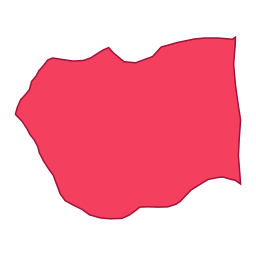 Astara District, Astara, Azerbaijan
{"feature_id": "54616110B5213879595332", "entity_name": "Astara District", "entity_type": "district", "adm_level": 2, "iso_a3": "AZE", "parent_name": "Azerbaijan", "parent_adm1": "Astara", "projection": "robinson", "projection_center": [48.695, 38.514], "detail": "fine", "context": "isolated", "style": "filled", "palette": "rose", "viewbox_px": 256, "rotation_deg": 0, "n_neighbors": 0, "source": "geoboundaries", "source_scale": "gbopen_adm2", "svg_char_len": 969}
<svg xmlns="http://www.w3.org/2000/svg" viewBox="0 0 256 256"><path d="M108.7,47.6L103.1,50.0L96.8,53.9L90.9,57.8L83.6,60.4L73.5,61.1L62.4,59.5L52.6,58.0L47.8,59.9L43.1,66.0L38.8,70.8L36.3,75.8L31.5,81.6L29.5,89.4L25.9,94.0L20.6,99.8L17.3,107.4L16.1,111.6L15.4,114.4L22.0,121.2L26.6,128.1L30.2,134.9L34.3,140.0L37.9,147.0L39.3,152.7L43.4,160.7L48.6,168.8L53.3,175.3L60.2,193.8L65.1,200.6L72.1,204.5L81.9,209.3L89.4,214.8L100.3,217.9L110.2,218.8L121.8,218.4L129.0,215.2L134.9,211.0L139.9,207.1L147.8,206.8L157.8,207.1L167.7,206.9L176.1,204.2L180.0,201.6L185.7,195.6L191.1,190.0L195.2,187.4L202.2,183.0L208.1,179.5L216.5,177.7L222.8,177.0L231.4,179.5L235.1,180.2L240.6,184.0L240.1,177.4L238.4,155.7L239.2,139.4L240.6,120.2L238.1,104.1L235.3,83.6L233.6,64.1L235.2,45.2L235.4,37.2L232.2,39.3L227.7,38.8L217.3,38.0L204.8,38.0L194.4,39.0L177.4,42.5L161.2,47.0L152.5,56.6L135.5,62.8L124.0,61.7L113.4,52.9L108.7,47.6Z" fill="#f43f5e" stroke="#9f1239" stroke-width="1.5"/></svg>